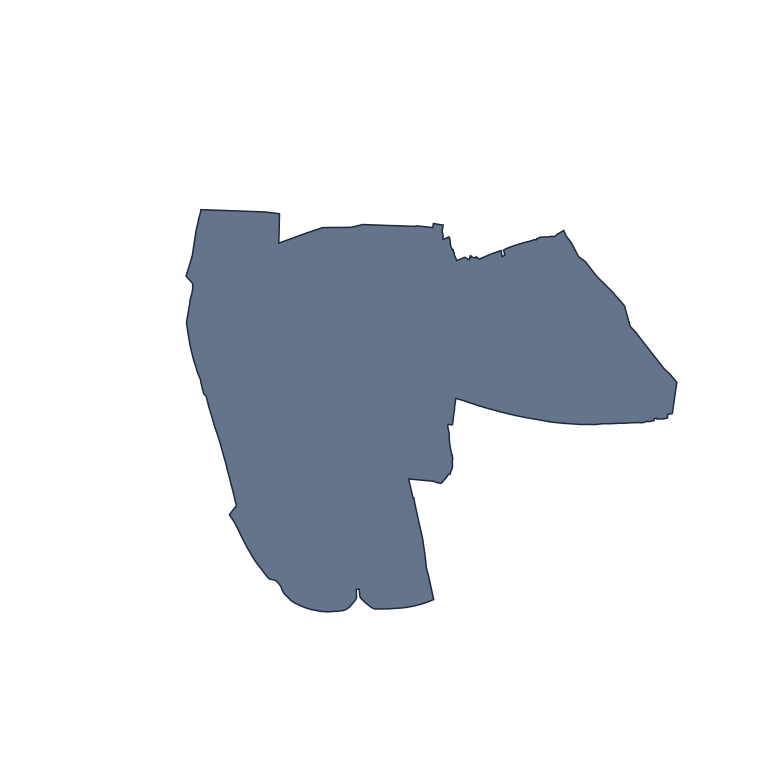 Oldebroek, Gelderland, Netherlands, rotated 126°
{"feature_id": "6326949B62245249446035", "entity_name": "Oldebroek", "entity_type": "district", "adm_level": 2, "iso_a3": "NLD", "parent_name": "Netherlands", "parent_adm1": "Gelderland", "projection": "albers", "projection_center": [5.93, 52.457], "detail": "fine", "context": "isolated", "style": "filled", "palette": "slate", "viewbox_px": 768, "rotation_deg": 126, "n_neighbors": 0, "source": "geoboundaries", "source_scale": "gbopen_adm2", "svg_char_len": 6075}
<svg xmlns="http://www.w3.org/2000/svg" viewBox="0 0 768 768"><g transform="rotate(126 384 384)"><path d="M210.5,148.1L208.0,158.2L207.1,165.9L197.4,200.0L194.0,211.3L192.7,218.6L179.3,235.5L175.2,253.7L171.8,275.5L166.6,293.3L166.6,301.4L159.7,315.2L157.0,324.2L154.1,328.8L154.8,329.2L156.7,330.0L158.7,330.8L159.1,330.8L159.4,331.0L159.9,331.5L160.4,331.9L160.7,332.0L161.7,331.9L162.1,332.0L162.9,332.3L164.2,332.8L164.6,332.9L164.8,333.0L165.0,333.2L165.5,334.4L165.9,334.9L166.8,336.0L169.0,338.2L169.5,338.7L170.2,340.1L171.4,341.3L171.9,342.3L172.7,343.2L173.4,343.8L174.0,344.0L174.3,344.3L174.7,344.7L175.5,345.2L175.7,345.3L176.2,345.3L176.3,345.4L176.4,345.6L176.7,345.8L177.1,345.6L177.7,345.8L178.1,345.7L178.2,345.9L178.3,346.3L178.5,346.6L178.6,346.9L179.1,347.6L179.6,347.7L180.0,348.0L180.5,348.2L180.9,348.6L181.6,349.1L182.1,349.5L182.6,349.9L182.8,350.1L183.8,350.9L184.5,351.5L185.0,351.7L185.5,352.4L186.1,352.8L186.7,353.2L187.1,353.7L187.4,354.0L187.7,354.1L190.0,355.9L190.6,356.3L191.1,356.8L191.4,357.0L191.9,357.3L192.6,358.0L193.0,358.2L193.7,358.5L194.0,358.9L194.6,359.3L195.0,359.7L196.2,360.5L197.0,360.9L198.0,361.8L198.5,361.9L199.1,362.5L202.4,364.5L204.0,365.4L204.7,365.6L205.6,366.1L208.2,362.1L209.2,362.5L209.4,362.2L211.5,363.4L207.2,367.7L208.1,368.4L208.8,368.8L211.0,370.5L213.9,372.4L219.0,375.6L221.5,377.1L225.1,379.3L226.1,379.8L226.8,379.8L227.0,384.4L227.6,384.2L228.3,384.1L228.7,385.2L230.0,388.0L229.2,388.3L229.5,389.6L233.1,388.0L233.7,389.4L233.7,390.5L233.8,392.3L233.8,392.6L234.3,393.4L238.1,395.6L239.8,396.7L241.4,397.8L240.8,398.7L239.8,400.2L239.0,401.7L238.6,402.4L236.7,404.4L236.4,404.8L235.1,406.8L234.7,407.0L234.9,407.4L235.2,407.5L234.6,408.5L233.6,410.5L231.3,413.1L231.1,413.0L230.7,413.3L227.8,416.2L228.1,416.4L226.8,417.9L232.4,421.3L229.3,423.3L228.8,423.7L227.3,425.6L226.2,426.8L224.8,427.4L223.3,428.2L221.9,428.9L220.9,429.5L220.6,429.7L221.1,430.2L222.6,433.4L223.4,434.7L223.7,435.5L225.1,438.4L228.8,436.5L236.9,450.7L238.2,451.5L238.3,451.7L240.4,454.8L246.1,463.2L248.3,466.7L248.7,467.1L249.6,468.4L254.5,475.6L267.7,495.3L268.2,495.6L274.8,501.1L277.5,503.9L290.8,522.0L291.0,522.2L293.6,525.6L308.1,535.9L331.8,551.9L307.7,568.6L314.5,581.0L350.6,634.7L352.8,633.4L358.5,631.3L360.1,630.7L363.1,629.2L366.9,627.7L370.1,626.3L373.3,624.7L391.2,615.4L393.0,614.5L399.8,612.1L413.1,607.6L415.1,598.0L419.5,594.7L419.8,594.5L424.2,592.5L427.1,591.4L430.5,590.0L433.6,588.2L446.4,581.9L449.9,580.2L451.8,578.6L459.1,571.4L465.5,564.9L467.3,563.0L470.5,559.3L477.3,551.1L480.1,547.1L483.6,542.7L486.8,537.7L487.2,537.0L487.9,535.6L488.4,535.0L489.8,533.7L490.3,533.1L491.4,531.9L492.5,530.5L494.0,528.9L495.8,526.6L497.4,524.6L498.0,523.7L498.1,523.4L498.2,522.7L498.2,521.6L498.2,521.3L498.4,520.9L498.7,520.4L500.2,518.6L504.1,513.9L506.3,511.2L510.8,505.3L517.3,496.8L519.0,494.6L520.0,493.1L520.2,492.9L520.9,491.8L526.2,484.3L542.8,463.4L545.7,460.2L549.3,455.6L562.1,440.2L564.8,437.1L569.2,431.9L576.6,432.2L580.6,432.3L581.7,429.3L582.3,427.6L583.5,424.6L584.5,422.3L587.3,416.8L590.6,410.7L593.1,406.0L596.5,399.2L597.5,396.9L597.8,396.1L599.3,392.8L600.2,391.0L603.0,383.9L604.3,380.0L605.7,375.1L606.7,371.7L607.5,369.4L608.7,364.8L609.0,363.4L609.0,361.7L607.5,358.6L606.7,355.8L606.9,354.3L607.1,353.2L607.6,351.0L608.1,349.5L609.1,347.4L611.6,343.5L612.5,340.7L612.7,339.6L612.9,337.3L613.9,331.9L613.8,330.2L613.6,326.8L613.2,325.2L613.0,323.5L612.3,320.2L611.4,316.9L610.5,313.7L609.3,310.5L606.3,304.0L605.0,301.3L603.3,298.5L601.5,295.7L599.4,293.1L597.2,290.6L592.7,285.3L591.5,284.0L590.1,283.0L589.0,282.3L587.6,281.7L585.8,281.1L584.4,280.8L583.1,280.6L575.9,280.1L574.2,280.2L573.3,280.5L571.8,281.4L566.5,285.8L565.0,284.0L564.5,283.5L568.5,280.1L569.8,278.9L570.8,277.4L571.2,275.8L571.4,274.1L571.9,270.1L572.1,265.5L572.2,263.2L572.1,262.0L571.8,260.1L571.0,258.5L569.1,256.1L564.8,250.3L564.9,250.2L555.6,239.0L553.2,236.3L550.3,233.4L547.9,231.0L545.9,229.1L543.3,227.0L541.0,225.1L537.4,222.4L535.0,220.8L532.8,219.3L529.5,217.4L529.3,217.2L529.1,217.4L528.8,217.5L516.2,231.6L512.0,236.4L509.5,239.6L507.7,241.7L496.5,251.9L496.2,252.3L488.6,259.7L485.9,262.4L477.1,272.5L464.2,287.0L458.5,293.1L459.0,293.7L448.6,305.6L446.5,308.2L446.4,308.3L446.3,308.2L433.5,286.6L433.1,285.3L433.0,284.4L432.9,283.7L432.7,283.2L432.4,282.5L431.0,279.9L430.7,279.7L430.3,279.2L430.0,279.0L429.7,279.0L427.4,279.1L425.6,278.7L419.5,278.7L418.6,277.9L418.3,277.7L417.6,277.6L417.4,277.6L417.1,277.8L416.5,278.3L416.2,278.5L415.7,278.6L413.3,278.9L411.7,279.6L410.4,280.0L409.9,280.5L409.5,280.9L406.4,283.3L405.8,283.7L405.4,283.7L404.7,284.1L403.1,285.3L401.4,287.0L401.2,287.2L400.9,288.0L399.0,290.2L398.3,291.1L396.5,292.9L393.5,295.9L390.8,298.3L386.8,301.4L385.9,302.0L385.2,302.7L383.5,304.6L383.2,304.9L381.5,306.9L380.7,307.6L380.0,308.1L379.4,308.2L378.6,307.8L377.8,306.0L377.5,305.6L377.1,305.0L376.5,304.7L376.1,305.0L371.6,307.4L370.4,308.2L369.0,308.9L365.5,310.8L363.3,311.8L361.6,313.1L357.6,315.2L353.5,317.4L353.2,316.8L352.9,316.0L352.0,313.4L350.1,308.3L349.8,307.3L349.6,305.8L349.2,304.6L348.4,302.4L347.4,299.3L346.1,295.1L345.0,292.0L342.3,284.3L342.0,283.7L337.9,272.8L336.1,268.5L333.7,262.6L332.5,259.8L329.4,252.9L327.3,248.4L321.3,236.3L317.7,228.9L317.7,228.5L317.7,228.2L317.4,227.9L317.2,227.9L316.1,225.7L315.1,223.9L309.8,214.8L308.1,212.2L304.8,206.9L301.1,201.0L296.3,194.5L294.5,191.7L291.8,188.3L291.4,187.8L290.9,187.4L287.4,183.5L283.4,177.9L280.8,174.8L280.6,174.4L280.1,173.7L276.9,170.0L276.0,168.7L275.7,168.0L269.9,161.0L265.5,155.2L264.9,154.3L264.4,153.4L264.1,153.0L262.4,151.2L261.9,150.8L260.9,150.4L260.6,150.2L260.1,149.5L259.4,149.1L259.5,148.7L258.6,147.4L255.0,144.1L254.9,144.1L253.2,145.1L252.5,144.2L251.6,143.4L251.4,143.3L251.3,143.0L251.8,142.7L251.8,142.4L251.5,141.9L251.2,141.4L250.8,141.1L250.2,140.4L249.3,139.1L247.9,137.3L246.5,136.0L245.9,135.6L244.9,134.7L244.6,134.7L244.2,135.0L242.6,136.1L241.9,136.7L238.3,133.3L238.0,133.6L210.5,148.1Z" fill="#64748b" stroke="#1e293b" stroke-width="1.5"/></g></svg>